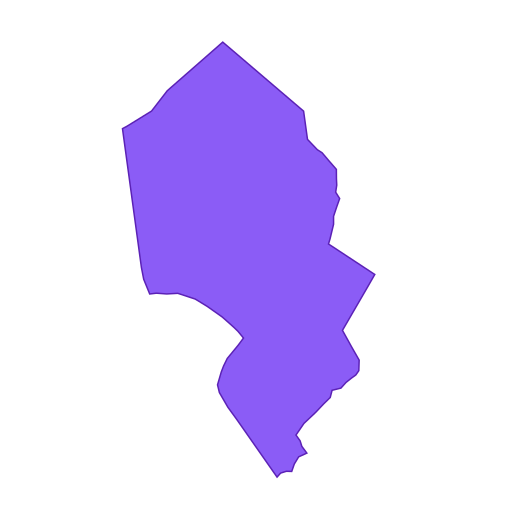 the district of São Luis do Piauí, Piauí, Brazil, rotated 318°
{"feature_id": "56859067B34363734324768", "entity_name": "São Luis do Piauí", "entity_type": "district", "adm_level": 2, "iso_a3": "BRA", "parent_name": "Brazil", "parent_adm1": "Piauí", "projection": "robinson", "projection_center": [-41.277, -6.772], "detail": "fine", "context": "isolated", "style": "filled", "palette": "violet", "viewbox_px": 512, "rotation_deg": 318, "n_neighbors": 0, "source": "geoboundaries", "source_scale": "gbopen_adm2", "svg_char_len": 958}
<svg xmlns="http://www.w3.org/2000/svg" viewBox="0 0 512 512"><g transform="rotate(318 256 256)"><path d="M331.9,349.2L317.9,295.6L322.5,292.8L334.9,284.3L340.2,278.4L349.4,273.2L356.6,269.3L357.9,261.9L363.4,257.4L367.4,252.5L373.7,245.4L373.9,233.6L374.2,223.5L372.7,218.0L372.3,203.8L388.3,180.2L374.4,74.8L300.7,73.8L275.4,78.4L246.8,73.2L242.0,72.0L163.2,187.8L157.0,198.1L151.6,213.1L157.1,217.0L164.2,224.4L172.9,231.4L182.0,247.3L186.0,260.7L190.1,278.8L191.8,294.0L192.2,299.8L191.8,308.6L182.9,310.4L166.1,312.9L158.4,316.0L152.5,319.0L141.2,326.0L137.4,333.0L133.9,349.6L132.4,364.0L123.7,434.4L129.0,433.8L134.5,436.3L138.4,440.0L145.3,436.2L153.3,433.8L161.9,436.5L162.7,428.1L165.1,422.9L165.9,415.8L179.6,412.5L196.0,412.1L207.1,411.2L216.5,410.8L222.7,406.7L230.7,411.0L238.3,410.2L245.0,410.6L250.6,411.2L255.7,410.0L263.0,402.4L266.3,387.2L270.5,369.1L317.6,353.9L331.9,349.2Z" fill="#8b5cf6" stroke="#5b21b6" stroke-width="1.5"/></g></svg>